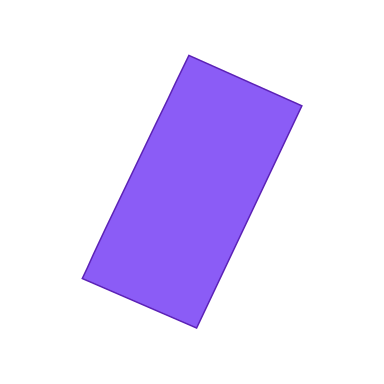 Salliqueló, Buenos Aires, Argentina, rotated 70°
{"feature_id": "61730980B3490354735950", "entity_name": "Salliqueló", "entity_type": "district", "adm_level": 2, "iso_a3": "ARG", "parent_name": "Argentina", "parent_adm1": "Buenos Aires", "projection": "orthographic", "projection_center": [-63.063, -36.671], "detail": "fine", "context": "isolated", "style": "filled", "palette": "violet", "viewbox_px": 384, "rotation_deg": 70, "n_neighbors": 0, "source": "geoboundaries", "source_scale": "gbopen_adm2", "svg_char_len": 298}
<svg xmlns="http://www.w3.org/2000/svg" viewBox="0 0 384 384"><g transform="rotate(70 192 192)"><path d="M321.4,234.2L148.6,59.3L62.6,148.2L84.0,170.3L96.1,182.5L116.2,203.3L197.5,286.5L216.9,306.0L227.3,316.1L235.8,324.7L321.4,234.2Z" fill="#8b5cf6" stroke="#5b21b6" stroke-width="1.5"/></g></svg>